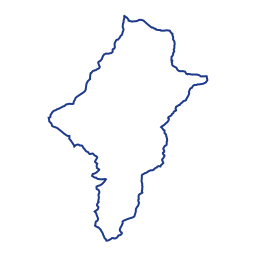 outline of Lingzhi, Thimphu, Bhutan
{"feature_id": "84629894B27287561268619", "entity_name": "Lingzhi", "entity_type": "district", "adm_level": 2, "iso_a3": "BTN", "parent_name": "Bhutan", "parent_adm1": "Thimphu", "projection": "orthographic", "projection_center": [89.464, 27.839], "detail": "fine", "context": "isolated", "style": "outline", "palette": "blue", "viewbox_px": 256, "rotation_deg": 0, "n_neighbors": 0, "source": "geoboundaries", "source_scale": "gbopen_adm2", "svg_char_len": 5752}
<svg xmlns="http://www.w3.org/2000/svg" viewBox="0 0 256 256"><path d="M174.5,41.7L173.1,39.5L173.1,36.7L172.4,35.2L172.5,33.9L171.8,33.6L171.3,32.7L170.9,32.5L170.6,32.1L170.0,30.9L169.1,30.5L168.4,30.6L167.5,30.3L166.2,30.3L164.9,30.6L162.0,30.7L160.9,30.6L160.4,30.1L160.1,30.1L157.9,30.0L156.1,29.6L155.8,29.3L155.7,28.8L155.5,28.7L154.5,28.7L152.8,27.5L152.1,27.7L150.8,26.9L147.5,24.2L143.5,20.6L141.5,19.9L139.0,19.9L138.7,20.3L136.6,21.1L132.4,21.5L131.9,21.6L131.5,21.4L128.6,20.7L128.6,19.9L127.1,17.8L125.6,16.9L123.8,15.4L124.2,16.1L124.4,17.9L123.6,20.5L123.6,22.1L123.4,22.9L123.0,23.6L122.7,26.1L122.8,27.6L123.3,28.4L123.5,29.4L123.3,30.7L122.7,31.9L122.5,33.0L121.9,34.9L120.8,35.7L119.5,37.9L118.0,39.6L116.6,39.9L116.0,40.5L115.6,41.3L114.6,43.6L114.7,46.0L114.9,47.0L114.3,48.6L113.1,49.0L112.6,49.6L112.7,51.3L112.4,52.2L111.3,53.0L109.9,53.3L108.5,53.7L106.1,53.6L105.2,53.9L103.9,54.7L102.8,56.4L102.6,57.1L102.0,58.3L101.9,58.9L100.4,60.9L99.3,61.4L98.5,61.9L98.2,62.5L98.3,62.9L99.0,65.3L99.8,66.9L99.2,68.2L96.8,69.4L96.0,70.0L92.9,71.0L92.2,71.7L91.3,72.9L90.7,73.1L90.2,75.3L90.2,76.7L90.0,77.7L90.1,79.0L87.7,81.3L86.4,84.0L86.2,86.0L85.8,88.3L85.8,89.5L84.9,91.2L83.7,92.2L81.7,93.6L80.7,94.1L80.0,94.7L78.5,95.7L77.4,96.4L75.7,97.8L74.7,100.1L73.9,101.3L73.6,102.4L73.4,103.7L72.2,104.0L69.3,103.8L66.7,104.3L65.7,104.8L64.4,106.1L63.1,106.4L61.0,107.6L60.2,107.9L59.4,108.5L57.2,109.2L56.2,109.9L54.9,110.5L53.7,110.8L51.9,112.8L51.4,113.8L50.6,114.7L50.4,117.0L49.2,117.8L48.7,117.8L49.1,119.6L49.3,121.4L49.6,121.8L51.4,123.5L52.1,125.9L53.3,126.6L54.7,127.0L57.2,128.0L61.5,131.4L64.3,133.8L65.1,134.3L66.9,135.6L68.1,136.0L69.4,135.9L69.5,137.1L69.2,138.3L69.4,138.9L69.8,139.5L70.5,140.0L73.8,145.0L74.3,146.5L75.5,145.3L76.3,144.9L77.6,144.6L78.5,144.6L79.0,144.8L79.6,145.4L81.5,145.5L82.3,145.8L83.4,147.9L84.0,148.6L84.8,149.3L85.4,150.5L86.3,151.3L88.3,152.3L88.5,152.8L89.2,153.7L89.7,154.0L90.8,153.9L92.4,153.5L93.1,153.7L94.0,154.9L94.6,155.4L96.2,156.2L97.2,157.1L97.1,157.8L96.7,158.5L95.0,161.5L95.1,161.9L95.8,162.7L97.2,163.6L96.6,165.7L96.9,167.9L97.2,168.2L98.2,168.8L99.2,169.5L99.2,169.8L96.7,172.3L95.4,173.1L94.1,173.7L92.8,173.9L92.1,175.6L92.1,176.0L94.2,177.3L95.4,177.7L96.1,177.7L96.5,178.2L97.7,178.9L101.2,179.4L104.0,179.1L105.5,179.0L105.9,179.3L104.2,181.8L102.1,184.0L100.0,185.3L98.2,185.8L97.3,186.2L96.5,186.7L96.5,188.0L96.7,189.0L97.0,189.2L97.8,189.5L98.8,190.3L99.3,191.7L99.3,192.4L99.2,193.2L98.9,193.9L98.5,194.5L98.5,195.1L98.9,197.5L98.2,201.4L98.7,202.0L97.5,203.5L96.9,204.8L97.1,205.6L98.3,206.8L98.4,207.1L98.2,208.3L97.8,209.3L96.1,210.5L95.7,210.9L95.3,211.0L94.6,211.5L94.8,211.8L95.7,212.4L96.2,213.5L96.7,215.1L97.6,217.3L98.0,218.6L98.0,219.5L97.3,220.8L96.0,221.5L95.7,222.0L95.3,224.9L95.0,225.5L95.1,225.8L95.5,226.1L97.7,227.3L98.3,227.3L100.8,229.8L101.0,230.6L102.5,232.9L102.9,233.9L102.9,234.3L104.0,236.5L104.6,238.2L105.9,239.3L106.3,240.6L107.5,240.6L108.7,240.2L110.9,239.0L112.1,238.0L113.2,238.1L113.8,238.4L115.0,238.5L115.6,238.3L116.8,237.7L117.7,236.7L118.4,235.5L119.3,235.3L120.9,234.7L121.5,234.0L121.9,233.2L121.6,232.5L121.2,232.4L119.9,230.7L119.8,229.5L120.2,228.2L121.8,225.3L122.7,223.1L122.6,221.5L123.6,220.7L128.5,218.7L132.5,217.5L134.3,216.5L135.4,213.0L135.8,211.5L135.9,209.0L137.1,206.9L138.1,205.8L139.0,202.9L138.9,202.3L138.7,201.9L138.2,200.5L138.3,199.6L138.7,199.2L138.7,198.7L138.6,196.1L138.7,195.5L139.0,194.7L140.2,193.8L141.8,193.1L142.4,192.6L142.3,192.2L141.8,191.3L141.8,191.0L142.3,189.5L142.1,188.7L142.3,187.9L142.5,186.5L142.1,185.5L142.3,184.1L142.0,182.8L141.6,181.6L141.5,180.7L141.8,179.1L141.8,175.4L142.2,174.7L143.8,173.9L144.7,173.3L146.8,172.5L148.8,171.0L151.1,170.2L151.9,170.4L153.8,169.7L154.4,168.8L155.9,167.8L156.7,167.5L157.3,166.7L157.9,166.4L158.7,166.1L160.4,166.5L161.1,165.0L161.5,164.8L163.3,163.0L162.8,161.5L162.1,160.1L162.1,159.4L162.8,158.7L163.6,157.6L164.5,156.0L164.5,155.4L164.0,154.9L163.3,154.5L162.9,153.0L163.0,152.7L164.2,151.9L164.2,150.5L163.4,149.3L163.3,148.5L164.8,145.9L166.1,145.4L166.4,145.1L166.6,144.6L166.7,144.0L166.7,141.5L167.1,141.0L167.2,140.5L167.0,138.7L166.5,136.7L166.2,136.2L166.2,134.9L165.9,134.3L165.2,133.8L164.5,132.9L164.6,131.9L164.5,130.4L163.5,130.0L162.1,128.0L161.1,127.1L162.4,125.9L163.8,125.3L165.7,123.5L166.4,122.8L166.9,122.6L168.2,121.0L168.7,119.9L168.9,118.8L168.2,118.3L168.3,117.4L168.6,117.0L170.8,115.8L171.5,115.2L171.8,114.2L172.1,113.9L173.2,113.2L173.9,111.6L174.3,111.3L175.5,110.9L176.1,110.4L176.1,109.8L175.5,109.0L175.5,108.8L176.0,107.4L176.0,106.9L176.3,106.6L177.0,106.3L177.7,105.9L178.9,105.0L179.7,104.9L180.1,104.6L180.2,104.2L180.8,103.4L181.6,102.9L182.4,102.3L183.1,101.4L183.5,101.1L185.7,100.4L186.2,99.8L186.3,98.9L186.8,98.4L187.1,97.6L187.3,97.3L187.6,97.0L188.8,94.6L189.2,93.2L188.9,91.8L189.4,90.4L189.8,89.8L190.2,88.7L190.6,88.3L191.4,88.1L191.9,87.8L192.6,86.4L193.4,85.6L194.1,85.1L195.1,84.9L196.2,85.0L196.9,84.8L197.9,84.3L199.9,84.3L203.1,83.7L204.0,83.4L205.9,82.4L206.2,81.8L206.7,81.2L207.3,80.3L207.3,79.4L207.0,78.7L207.0,77.9L206.7,77.1L206.7,76.3L205.8,76.2L203.4,76.4L202.6,76.3L201.1,76.5L199.9,75.7L199.5,75.3L196.8,74.5L191.6,74.5L189.0,74.0L188.1,74.0L187.6,74.3L186.1,73.6L185.5,72.3L184.9,71.6L182.9,71.1L181.4,71.2L179.8,71.2L179.1,70.9L178.4,70.7L177.1,69.3L176.7,68.2L176.1,67.5L175.3,67.2L172.9,65.8L172.5,65.4L172.1,64.4L172.1,63.1L171.6,62.1L172.2,61.2L172.3,60.5L171.9,60.2L171.5,60.2L171.3,60.0L171.3,59.8L171.5,59.0L171.5,57.1L171.6,56.7L172.4,56.0L172.9,55.0L173.2,54.3L173.1,53.3L173.2,52.9L174.2,51.6L174.2,51.1L173.9,50.4L173.7,49.6L173.8,49.1L174.2,48.6L174.4,47.8L174.3,45.6L174.7,44.3L174.5,42.6L174.5,41.7Z" fill="none" stroke="#1e3a8a" stroke-width="2"/></svg>